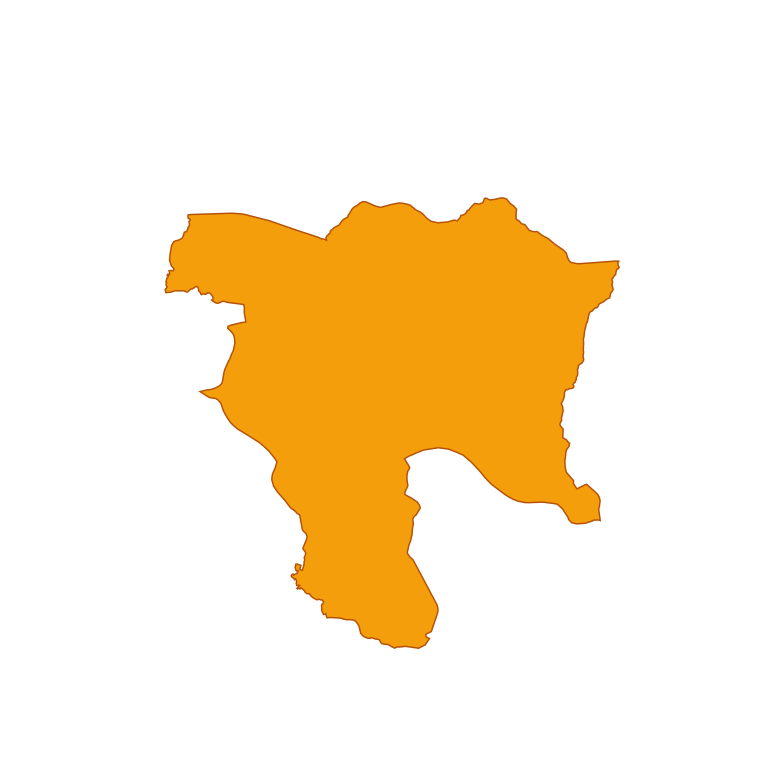 outline of Kampong Tralach, Kâmpóng Chhnang, Cambodia, rotated 122°
{"feature_id": "14789045B48550542527991", "entity_name": "Kampong Tralach", "entity_type": "district", "adm_level": 2, "iso_a3": "KHM", "parent_name": "Cambodia", "parent_adm1": "Kâmpóng Chhnang", "projection": "orthographic", "projection_center": [104.762, 11.974], "detail": "fine", "context": "isolated", "style": "filled", "palette": "amber", "viewbox_px": 768, "rotation_deg": 122, "n_neighbors": 0, "source": "geoboundaries", "source_scale": "gbopen_adm2", "svg_char_len": 6171}
<svg xmlns="http://www.w3.org/2000/svg" viewBox="0 0 768 768"><g transform="rotate(122 384 384)"><path d="M568.9,212.7L550.7,217.0L548.8,217.6L547.5,218.2L545.3,219.8L543.2,222.0L517.7,266.2L516.9,270.7L515.7,273.4L514.7,274.9L507.5,277.5L502.8,278.4L497.2,280.3L491.0,283.5L487.2,284.9L484.0,287.6L482.8,288.1L480.1,288.2L478.3,287.4L470.1,287.5L468.0,289.7L466.5,293.1L466.2,300.3L466.7,306.6L466.3,308.1L464.6,308.9L457.7,309.8L452.6,314.1L449.3,316.1L445.4,317.6L442.9,317.6L441.1,318.0L436.5,327.0L431.4,324.3L428.4,322.0L424.7,319.7L419.0,315.4L409.3,304.2L405.0,294.7L403.4,286.4L402.4,279.3L404.1,268.1L407.3,256.1L410.0,248.5L412.1,239.9L413.6,223.3L413.7,219.1L413.4,213.9L412.5,208.7L410.0,202.0L408.3,198.9L401.1,188.4L399.3,185.2L395.4,176.7L394.1,173.3L395.3,166.2L396.9,163.2L399.3,157.7L401.1,155.6L402.2,151.5L400.6,146.6L397.7,142.6L395.3,139.4L390.0,134.9L388.0,133.7L385.6,129.8L385.2,128.3L376.4,135.6L374.1,136.3L368.6,138.8L366.2,141.1L364.8,143.4L364.0,145.7L361.7,159.0L363.0,160.1L370.7,164.8L368.0,170.7L365.6,171.9L362.5,181.8L361.8,183.1L358.5,186.3L353.7,189.7L344.7,193.9L343.5,194.3L338.5,194.1L335.8,195.4L335.7,197.2L334.6,199.9L334.8,202.2L334.7,204.0L327.4,208.1L325.8,212.6L324.8,213.6L323.2,214.0L321.1,213.9L318.1,215.9L317.0,216.0L315.0,216.9L312.1,217.7L308.8,220.3L306.6,223.3L302.8,223.6L299.9,224.2L298.6,224.7L295.1,226.6L292.6,226.7L291.5,225.2L290.0,224.7L288.3,222.4L287.0,221.5L285.9,221.5L284.8,222.4L284.2,223.4L282.9,223.5L280.9,222.8L279.8,223.2L278.1,223.3L277.1,224.3L274.1,224.5L271.4,225.9L269.3,227.7L268.0,227.7L266.5,228.2L265.8,228.9L263.7,228.5L261.4,227.3L258.7,227.2L257.1,227.8L255.4,229.7L251.2,231.6L249.4,233.1L243.8,236.2L240.0,238.9L238.5,239.2L233.1,241.8L228.5,243.4L225.7,244.4L223.4,244.5L215.9,247.3L213.7,247.4L211.7,246.1L209.0,245.7L207.4,245.1L206.8,244.2L205.0,243.5L202.5,244.0L201.6,243.7L197.6,241.3L194.2,240.2L191.3,238.3L186.5,239.9L183.7,239.5L182.1,240.0L179.9,242.4L178.5,243.6L176.4,244.1L175.5,245.4L174.1,246.3L172.1,245.9L171.0,246.2L168.3,245.6L166.4,246.5L163.6,247.3L162.7,246.8L160.7,246.2L158.8,248.8L157.5,249.8L155.5,249.9L156.7,252.3L177.7,281.0L179.6,284.0L181.4,288.5L181.8,290.5L181.3,292.3L179.8,295.0L176.4,298.8L175.4,302.5L174.9,313.5L173.8,320.7L173.7,323.0L174.2,328.1L173.6,335.0L175.1,336.9L176.3,339.9L176.6,342.6L174.2,349.0L175.2,352.2L174.1,355.7L174.3,357.8L173.9,359.6L168.4,362.9L165.5,364.2L164.3,368.6L164.0,372.6L162.2,378.0L162.9,381.2L164.5,383.7L168.6,387.8L170.5,390.0L172.0,392.1L172.1,395.0L172.8,396.7L174.0,397.0L176.7,396.4L178.1,396.4L181.0,398.6L182.8,402.8L188.4,404.0L191.5,404.2L192.7,405.3L194.6,405.1L196.5,405.3L198.8,406.5L200.2,408.1L201.8,407.7L203.2,407.7L206.9,408.4L207.6,410.8L208.5,412.1L212.7,415.7L218.7,423.7L221.0,430.1L221.0,433.1L220.4,437.1L219.4,440.4L218.9,444.4L219.5,448.7L218.5,456.5L219.1,459.1L220.6,463.4L222.5,467.2L227.5,472.5L236.1,480.6L237.8,486.1L239.0,495.0L239.7,497.2L240.8,498.8L243.7,500.5L245.7,500.9L250.0,503.2L253.0,503.8L257.9,503.6L259.6,503.9L261.5,503.2L266.4,505.8L269.5,506.2L272.7,506.2L277.7,509.1L281.7,510.3L283.3,510.4L284.2,509.8L285.2,509.7L286.1,510.4L287.8,510.5L289.0,511.0L290.6,510.8L292.5,508.9L292.7,510.6L294.3,515.5L294.3,517.0L299.6,538.4L306.4,568.1L314.0,591.9L315.3,595.1L319.9,603.7L342.7,637.7L344.4,639.7L346.4,638.7L347.3,637.8L347.0,635.6L348.0,635.1L349.6,635.5L351.3,633.9L352.7,633.0L355.3,633.1L356.5,632.6L359.4,632.2L361.1,633.8L364.7,632.7L366.9,632.5L368.1,632.8L371.0,634.6L372.8,636.4L374.6,637.6L376.2,637.7L379.4,637.4L387.3,634.2L392.8,631.4L396.6,626.7L397.3,623.8L398.4,622.8L399.9,623.0L400.4,624.5L401.9,626.3L403.6,624.5L404.5,624.1L405.7,625.6L406.8,625.4L406.3,624.2L407.6,623.9L408.6,624.2L409.9,624.0L413.0,623.0L413.2,622.0L414.2,621.9L415.8,621.2L416.6,619.3L417.8,619.2L419.7,619.7L422.1,617.4L419.2,613.6L415.4,610.3L413.0,606.0L410.9,603.1L410.7,600.6L410.1,599.4L405.7,598.1L405.1,597.1L403.3,596.1L401.9,595.7L400.7,594.7L400.6,593.3L401.1,592.4L403.4,590.2L403.6,588.5L404.7,587.2L405.0,586.2L403.0,584.6L402.6,582.9L399.9,581.6L399.3,580.1L399.6,577.9L400.9,575.1L401.9,574.3L403.1,574.0L404.1,574.6L404.4,573.0L404.4,569.9L403.9,568.0L402.7,566.9L399.6,564.9L398.6,563.1L397.5,559.5L390.9,545.1L393.5,542.7L397.6,540.3L404.6,534.0L407.2,537.1L415.4,545.2L417.7,546.8L419.6,546.1L419.9,543.8L421.4,538.7L423.1,536.3L425.3,534.3L428.6,532.0L435.4,529.5L440.1,529.0L444.6,528.0L447.0,528.0L456.2,526.7L460.4,525.3L467.5,522.3L469.4,521.9L472.5,522.5L476.2,524.5L479.3,526.9L481.4,529.0L482.9,531.1L487.9,535.9L488.1,526.4L487.6,523.9L485.5,519.1L485.5,516.2L486.8,512.2L491.9,505.9L495.4,499.6L497.9,494.1L498.8,490.5L499.8,484.0L499.6,471.5L499.7,459.2L500.5,453.0L501.9,446.0L504.7,438.0L506.7,433.5L512.6,431.9L519.4,430.9L522.1,429.8L524.8,428.3L529.2,423.3L532.2,416.5L535.3,406.1L538.0,399.2L538.7,396.6L538.8,392.8L539.8,388.8L539.6,386.7L540.6,385.3L550.7,376.1L551.4,374.7L552.2,370.9L554.0,368.4L557.1,367.3L565.0,366.0L566.9,365.4L567.6,362.9L568.6,361.1L570.4,360.1L573.5,359.7L574.4,358.7L575.8,357.8L577.0,357.6L578.8,356.5L582.6,355.2L585.4,354.6L585.9,356.4L585.5,357.3L581.9,358.3L582.1,359.6L582.6,360.8L582.6,362.1L583.5,363.3L585.2,362.6L586.3,362.4L588.4,360.4L588.9,359.3L587.9,358.6L588.3,357.8L589.4,357.5L590.8,357.6L594.0,359.5L593.3,360.5L594.3,361.0L595.9,361.0L596.5,360.3L596.6,357.7L597.3,356.2L596.2,355.9L596.3,355.0L598.4,353.0L599.5,352.8L601.0,351.4L599.6,348.8L603.4,349.6L603.6,348.7L602.4,348.2L602.4,346.7L600.9,346.4L601.3,342.5L602.4,340.4L602.7,338.2L601.4,336.1L602.4,333.9L602.9,331.4L602.7,326.9L600.8,324.6L600.7,323.4L599.9,322.2L600.7,319.8L602.4,319.4L603.6,319.9L604.5,319.8L608.9,316.9L611.5,313.2L609.8,311.7L612.5,308.4L610.8,306.3L607.3,300.1L605.4,296.3L604.9,293.8L603.6,290.6L602.1,288.3L600.3,284.7L600.2,281.9L602.5,277.0L607.9,271.5L608.7,268.8L608.9,267.0L608.2,263.0L607.3,261.2L605.8,260.2L605.1,257.7L604.8,255.9L603.9,254.4L603.4,252.6L605.2,249.0L605.1,247.3L602.7,242.3L602.7,239.0L602.3,234.9L599.7,233.3L599.1,231.8L595.1,226.8L589.7,214.6L583.5,210.9L575.9,210.5L576.0,214.6L574.1,215.9L568.9,212.7Z" fill="#f59e0b" stroke="#b45309" stroke-width="1.5"/></g></svg>